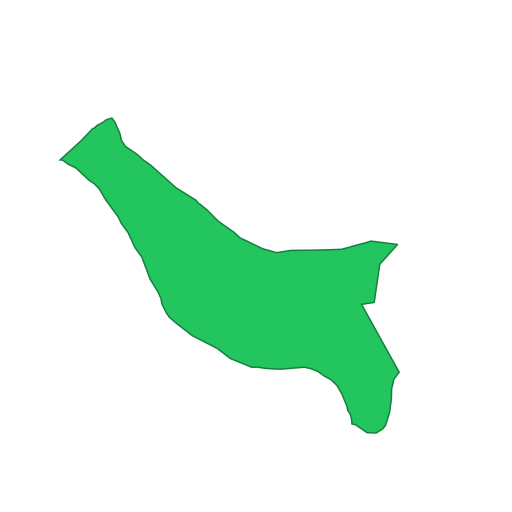 outline of Concepción Huista, Huehuetenango, Guatemala, rotated 222°
{"feature_id": "79465075B71807144537859", "entity_name": "Concepción Huista", "entity_type": "district", "adm_level": 2, "iso_a3": "GTM", "parent_name": "Guatemala", "parent_adm1": "Huehuetenango", "projection": "albers", "projection_center": [-91.641, 15.642], "detail": "fine", "context": "isolated", "style": "filled", "palette": "green", "viewbox_px": 512, "rotation_deg": 222, "n_neighbors": 0, "source": "geoboundaries", "source_scale": "gbopen_adm2", "svg_char_len": 1197}
<svg xmlns="http://www.w3.org/2000/svg" viewBox="0 0 512 512"><g transform="rotate(222 256 256)"><path d="M465.9,196.3L463.8,197.9L456.6,198.6L448.9,200.9L430.8,200.6L424.8,201.5L417.4,201.0L405.0,197.1L384.4,192.8L377.8,190.1L366.5,187.7L351.4,181.2L340.1,178.8L319.3,168.0L304.5,163.6L298.4,160.9L293.4,157.2L284.1,153.6L279.2,152.5L270.2,152.7L249.7,154.2L223.2,161.3L206.2,162.7L184.4,170.6L181.2,173.9L173.2,179.2L162.1,188.2L145.7,205.7L139.9,209.0L132.4,211.7L124.7,212.5L117.4,214.3L109.0,213.9L99.5,210.8L87.2,204.8L84.7,202.8L79.5,201.1L75.2,198.2L72.4,195.4L69.0,197.2L55.3,199.0L48.2,204.9L46.1,212.8L46.5,216.9L49.4,223.4L52.1,229.2L59.9,240.6L66.1,247.7L71.1,256.8L71.9,265.1L71.8,265.4L145.2,290.7L137.1,300.6L158.5,332.7L158.5,359.1L158.2,359.5L180.6,344.0L182.7,340.3L188.0,332.2L196.8,318.3L205.9,309.5L217.5,298.5L233.8,283.5L243.0,272.2L255.8,265.9L280.1,258.8L287.8,258.9L307.7,256.6L323.7,257.5L334.8,256.8L337.9,257.3L360.8,253.2L395.3,253.0L404.0,251.9L412.0,252.0L426.2,250.1L433.0,251.7L439.2,256.0L450.3,261.0L455.4,262.1L458.4,257.2L459.0,253.6L461.5,246.6L461.7,243.0L462.6,241.5L463.1,224.5L465.9,196.3Z" fill="#22c55e" stroke="#15803d" stroke-width="1.5"/></g></svg>